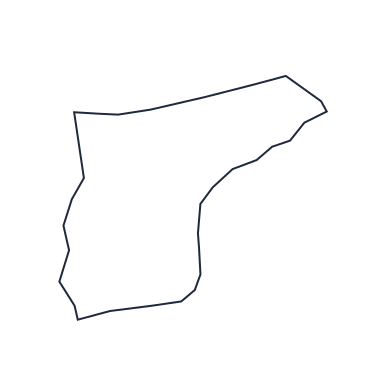 Älvkarleby, Uppsala, Sweden (Natural Earth projection), rotated 347°
{"feature_id": "70781695B87799416140928", "entity_name": "Älvkarleby", "entity_type": "district", "adm_level": 2, "iso_a3": "SWE", "parent_name": "Sweden", "parent_adm1": "Uppsala", "projection": "natural_earth1", "projection_center": [17.456, 60.577], "detail": "fine", "context": "isolated", "style": "outline", "palette": "slate", "viewbox_px": 384, "rotation_deg": 347, "n_neighbors": 0, "source": "geoboundaries", "source_scale": "gbopen_adm2", "svg_char_len": 548}
<svg xmlns="http://www.w3.org/2000/svg" viewBox="0 0 384 384"><g transform="rotate(347 192 192)"><path d="M52.0,290.7L85.3,289.5L127.5,293.8L156.9,296.2L172.7,288.1L181.7,274.2L186.3,247.9L188.5,233.6L197.5,205.5L213.3,192.1L236.7,178.8L262.2,175.4L280.3,165.9L299.1,164.0L317.1,149.7L341.4,143.9L338.2,132.6L328.6,121.7L309.5,100.0L277.0,101.2L225.4,102.4L170.0,102.4L137.5,100.0L120.3,95.2L95.5,87.9L95.1,87.8L89.8,154.1L73.3,172.0L59.2,195.8L59.1,221.1L42.6,249.5L52.0,276.4L52.0,290.7Z" fill="none" stroke="#1e293b" stroke-width="2"/></g></svg>